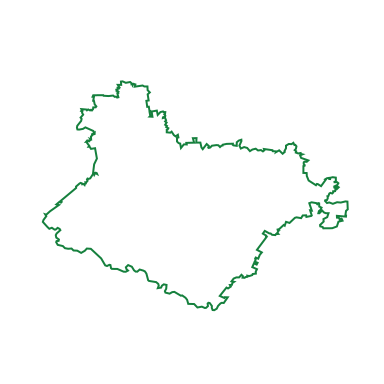 the district of Tihuatlán, Veracruz, Mexico, rotated 81°
{"feature_id": "50627088B14039752645412", "entity_name": "Tihuatlán", "entity_type": "district", "adm_level": 2, "iso_a3": "MEX", "parent_name": "Mexico", "parent_adm1": "Veracruz", "projection": "robinson", "projection_center": [-97.558, 20.676], "detail": "fine", "context": "isolated", "style": "outline", "palette": "green", "viewbox_px": 384, "rotation_deg": 81, "n_neighbors": 0, "source": "geoboundaries", "source_scale": "gbopen_adm2", "svg_char_len": 5976}
<svg xmlns="http://www.w3.org/2000/svg" viewBox="0 0 384 384"><g transform="rotate(81 192 192)"><path d="M82.5,264.5L81.0,274.4L82.4,275.3L82.8,274.0L86.3,275.3L86.4,274.6L90.2,274.4L92.5,273.1L93.3,273.9L93.0,276.3L94.7,276.8L95.8,278.1L95.0,278.9L95.5,279.9L94.2,281.7L94.9,283.0L94.0,283.5L92.8,288.3L93.8,288.0L94.6,288.7L95.0,287.6L96.5,288.2L98.6,287.4L101.1,290.4L102.5,289.6L104.5,290.4L108.7,295.0L110.5,295.6L112.3,295.4L112.7,293.7L112.6,289.8L111.5,287.2L116.3,279.9L118.2,279.7L117.9,278.8L119.5,279.1L119.7,280.7L119.0,280.4L119.3,281.7L120.4,281.7L121.4,283.1L124.2,283.4L123.8,284.1L124.4,283.8L125.1,284.6L125.0,285.9L125.5,285.9L124.7,287.4L125.9,288.8L126.1,287.5L127.3,287.9L130.2,286.3L131.1,287.1L131.2,286.1L133.6,285.0L133.6,280.9L144.1,280.7L149.3,284.3L158.0,286.8L157.9,284.0L158.5,283.1L159.4,282.9L158.1,284.6L159.7,285.8L158.5,286.0L158.4,286.6L162.6,290.4L162.9,292.3L162.4,293.1L163.2,293.8L164.6,293.4L166.0,295.0L165.8,295.7L166.9,295.6L167.0,296.4L168.3,297.0L167.2,297.8L167.2,299.2L166.5,299.1L165.6,300.5L166.0,301.7L168.5,305.7L169.9,305.8L180.3,323.2L181.4,322.3L182.0,323.1L181.1,324.7L183.0,327.8L184.0,325.5L188.8,335.2L191.6,339.5L191.1,340.5L193.1,339.7L196.3,343.0L198.2,344.0L203.9,340.3L206.0,338.7L205.4,336.0L207.6,333.7L207.8,332.6L206.4,330.3L207.8,328.5L209.1,328.0L211.8,332.2L213.3,333.3L215.8,333.2L218.1,330.9L219.4,331.4L219.3,333.4L220.3,334.0L223.2,332.9L225.2,328.0L227.6,326.3L228.7,323.2L229.0,319.8L231.2,318.2L232.0,314.5L234.8,311.0L233.3,307.1L231.4,304.7L232.3,300.8L243.4,292.1L250.9,289.2L251.8,287.5L251.0,285.0L251.4,284.0L254.6,283.9L255.4,283.2L256.3,277.8L260.0,272.0L260.4,269.9L259.6,267.5L257.9,268.8L256.0,269.1L254.2,266.5L256.4,263.1L260.3,261.5L261.8,260.1L262.1,258.5L260.4,255.8L262.0,252.4L263.1,250.9L265.5,249.8L272.3,249.1L273.1,248.4L275.4,241.5L277.5,239.7L279.3,239.5L281.6,240.8L281.6,237.5L279.8,236.3L278.8,234.3L279.8,231.7L283.5,232.6L285.7,234.3L287.2,234.0L288.9,230.0L287.8,227.2L287.9,225.0L292.7,219.2L292.6,217.9L295.4,215.0L297.7,213.7L301.9,213.2L303.0,207.4L306.9,204.7L306.8,200.2L308.6,197.4L308.6,196.2L307.2,194.1L304.6,194.0L304.0,193.1L304.4,191.9L307.7,190.2L309.5,190.6L311.8,190.1L312.2,188.5L311.1,185.8L308.6,184.1L306.5,181.3L306.1,179.9L306.6,178.0L301.6,173.2L301.0,176.3L301.7,176.7L299.0,180.8L291.8,172.9L292.9,171.5L291.5,168.5L289.8,169.1L289.9,167.1L288.1,166.3L287.3,164.5L286.4,166.9L284.0,164.4L283.3,161.6L283.7,158.8L281.5,156.1L283.1,154.9L284.5,155.5L285.0,153.4L284.4,152.6L284.4,150.6L283.3,150.5L284.0,148.6L283.5,145.5L282.5,144.9L282.6,141.7L280.6,141.5L278.4,139.9L275.6,144.2L272.2,142.0L273.8,139.5L272.2,138.3L270.5,140.9L268.9,139.7L267.8,140.1L266.7,139.3L268.2,137.0L264.7,134.9L262.6,132.5L259.3,136.9L248.0,125.3L247.7,125.9L246.7,125.5L244.2,128.5L241.8,126.2L245.0,122.1L245.3,120.8L246.8,119.6L247.6,116.4L246.7,115.6L246.9,113.3L245.6,114.1L244.2,112.8L243.2,113.2L243.1,112.2L242.4,112.7L242.3,111.7L238.9,106.6L239.8,105.7L236.2,103.8L237.8,100.5L233.6,94.4L233.4,92.7L234.9,88.3L232.5,86.3L232.9,82.9L234.5,82.9L234.3,78.0L233.9,77.4L228.6,78.2L229.1,76.6L221.4,77.9L220.9,75.5L222.4,71.0L223.6,70.2L222.7,69.1L223.1,68.2L226.3,68.6L227.7,66.5L230.1,68.3L230.7,69.6L232.7,70.5L232.9,69.5L230.6,66.4L232.9,64.8L233.9,63.1L234.3,60.5L238.0,62.4L239.3,66.4L241.8,66.6L244.6,70.7L246.0,70.7L247.0,68.4L248.4,68.0L249.7,59.2L248.7,54.3L244.2,52.0L243.9,47.8L242.0,48.3L241.6,48.9L242.2,50.4L240.3,51.0L240.0,52.8L238.2,52.6L240.4,43.8L239.2,43.5L238.8,44.1L234.7,42.8L233.5,40.9L225.8,40.0L225.3,41.9L225.7,46.7L224.8,50.3L225.7,54.7L223.8,58.1L224.0,60.4L221.6,62.0L221.0,61.7L221.0,59.9L219.2,58.8L217.4,58.9L217.4,58.0L215.0,56.6L214.5,55.4L215.4,53.8L214.6,52.6L213.4,52.5L213.5,50.5L211.5,49.8L212.0,48.8L210.3,46.4L209.2,47.6L210.8,49.6L210.0,50.6L209.4,49.9L208.7,50.4L207.8,47.4L206.2,46.1L205.0,47.1L204.5,50.5L203.9,48.2L200.3,47.7L199.4,50.7L199.6,53.4L200.8,53.6L200.6,54.5L199.5,54.6L199.5,56.5L200.3,58.5L200.8,58.0L206.4,63.6L203.9,66.5L203.6,67.4L204.7,68.5L198.9,75.0L194.2,76.1L191.2,75.8L190.6,79.0L183.8,77.9L183.7,76.7L183.1,76.5L181.8,77.3L180.2,77.0L179.7,76.3L180.1,73.9L179.0,72.2L175.4,78.9L172.7,79.5L172.1,77.0L171.4,78.6L170.5,78.6L170.5,81.1L169.3,83.3L168.1,82.7L166.7,84.0L165.6,82.6L163.2,81.7L161.6,82.6L161.6,83.5L159.3,84.2L160.3,86.1L159.7,88.9L160.9,91.9L163.5,92.3L166.1,94.3L166.9,94.1L168.4,96.5L164.5,99.4L165.7,102.6L165.1,102.2L164.3,105.9L163.3,106.0L160.8,114.2L162.1,114.0L163.0,115.6L161.4,117.3L161.3,120.3L159.2,122.3L159.5,125.7L160.7,128.4L157.1,130.6L155.8,133.5L156.7,137.0L153.6,137.9L149.4,135.2L148.1,135.1L148.5,137.7L149.9,140.0L153.4,140.6L152.4,143.8L151.7,144.4L150.7,144.1L149.9,150.2L150.1,154.1L150.9,154.5L150.8,155.5L152.0,157.3L150.0,158.6L149.5,160.5L149.4,165.1L150.9,167.0L151.1,168.6L150.7,169.0L149.2,168.2L146.9,170.0L151.4,174.7L149.5,175.7L144.5,176.0L143.9,180.1L139.5,179.1L139.0,182.7L143.6,182.2L142.6,189.9L144.2,189.8L143.7,192.6L146.8,196.0L142.3,196.1L141.6,197.6L139.8,198.9L136.3,198.4L136.0,196.9L133.3,197.0L134.5,199.5L133.0,201.0L129.2,202.7L130.0,204.1L129.1,207.6L126.6,207.2L126.5,206.3L125.3,205.4L123.8,207.3L122.8,206.4L121.4,208.0L119.4,206.2L118.1,207.5L117.1,206.4L114.1,207.1L114.4,209.2L113.7,209.0L113.2,206.7L112.3,206.4L110.9,207.2L110.6,206.4L108.9,205.9L108.6,207.6L107.9,208.0L108.1,210.6L110.5,213.8L106.1,214.0L106.2,219.3L111.5,219.3L110.9,222.0L110.4,221.3L106.4,221.4L106.3,220.7L105.6,220.6L105.7,221.3L101.0,221.3L100.9,222.9L94.8,222.8L94.8,220.5L88.6,220.5L87.0,218.1L84.5,219.9L80.8,219.5L80.3,222.6L79.1,224.1L79.0,232.1L76.9,231.1L76.0,232.9L77.2,233.9L76.0,234.0L76.1,234.9L75.0,234.8L73.7,235.9L73.8,240.3L71.9,243.2L71.8,244.9L75.1,245.2L74.6,248.5L77.2,247.4L77.3,248.8L78.4,248.1L79.0,250.7L80.2,250.7L80.0,250.0L81.3,249.1L81.4,249.6L82.7,249.4L82.8,250.3L86.9,249.9L87.0,251.2L85.9,252.1L85.9,253.5L84.4,254.8L84.2,259.3L83.1,264.3L82.5,264.5Z" fill="none" stroke="#15803d" stroke-width="2"/></g></svg>